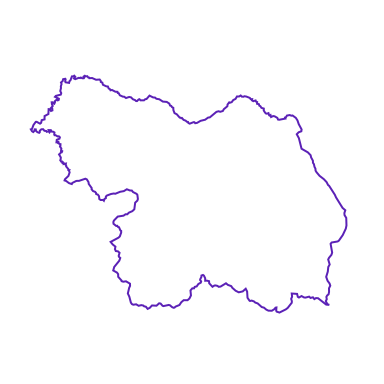 Ayabaca, Piura, Peru, rotated 350°
{"feature_id": "86281439B3265311261772", "entity_name": "Ayabaca", "entity_type": "district", "adm_level": 2, "iso_a3": "PER", "parent_name": "Peru", "parent_adm1": "Piura", "projection": "mercator", "projection_center": [-79.898, -4.698], "detail": "fine", "context": "isolated", "style": "outline", "palette": "violet", "viewbox_px": 384, "rotation_deg": 350, "n_neighbors": 0, "source": "geoboundaries", "source_scale": "gbopen_adm2", "svg_char_len": 5920}
<svg xmlns="http://www.w3.org/2000/svg" viewBox="0 0 384 384"><g transform="rotate(350 192 192)"><path d="M339.8,236.6L337.5,233.8L332.9,222.3L332.2,219.5L328.1,209.7L327.2,208.7L326.3,205.7L324.1,202.3L320.4,198.2L318.0,194.0L317.4,192.4L317.6,190.4L317.0,188.5L316.9,185.8L316.2,184.2L316.5,182.2L315.3,178.6L315.2,176.4L313.0,173.1L307.4,168.4L306.6,157.5L305.2,153.3L307.4,151.7L310.2,151.2L310.8,149.4L308.9,143.7L308.3,139.8L307.1,137.0L304.3,134.1L303.1,134.1L301.6,133.2L298.8,133.2L297.6,134.6L296.6,134.8L296.8,135.9L290.5,136.0L289.3,135.6L288.9,133.8L286.5,131.8L285.1,131.3L282.9,131.9L282.7,129.9L281.8,130.3L281.3,129.9L281.0,127.6L279.4,127.9L278.4,127.5L277.7,126.4L276.8,124.2L277.2,122.3L275.0,121.2L274.2,119.3L273.3,118.7L273.1,117.1L271.4,116.4L271.8,114.7L270.7,114.0L270.5,112.9L268.1,113.2L267.0,112.2L267.4,111.0L265.9,110.8L265.3,109.4L262.0,107.4L260.2,106.8L259.3,107.1L257.7,106.8L256.7,105.4L255.0,106.1L252.9,105.7L251.0,107.9L248.6,108.6L246.7,110.4L244.7,110.7L244.2,110.2L242.2,112.0L241.7,113.7L237.7,116.0L236.4,117.6L233.7,117.9L232.2,117.1L230.0,117.3L222.5,121.6L220.8,121.5L217.5,123.1L212.8,123.4L209.0,124.8L207.1,124.8L206.5,123.7L205.7,123.5L201.6,124.3L200.4,123.4L200.2,122.3L199.2,122.0L198.1,120.6L196.2,119.5L195.0,117.4L194.2,117.5L193.7,116.8L192.8,116.6L190.5,112.8L188.5,111.3L187.9,108.2L188.2,105.8L187.1,105.0L186.5,103.6L185.4,103.0L185.0,101.0L182.8,98.9L179.0,97.9L175.9,95.0L173.1,94.0L172.0,92.6L170.1,92.1L166.9,89.7L163.4,92.5L162.0,92.5L160.6,93.4L157.2,92.8L156.4,91.5L155.5,91.6L153.7,92.9L152.7,92.7L151.9,91.6L149.9,90.4L148.4,88.2L146.6,87.5L143.3,88.0L141.8,86.4L140.5,86.1L137.7,84.2L137.0,82.0L136.1,81.6L136.0,80.4L133.9,79.9L130.9,77.6L129.4,77.7L129.0,76.4L127.9,75.6L127.5,73.5L126.0,73.1L122.9,70.9L122.7,68.7L121.3,67.8L121.4,66.7L120.6,65.2L117.0,64.8L113.4,62.4L110.7,62.1L110.6,61.5L109.7,61.2L109.0,59.8L107.5,59.7L106.6,58.9L105.3,59.5L105.7,60.7L105.2,61.2L103.6,60.9L102.4,60.0L101.6,60.4L100.4,59.9L96.6,60.6L95.5,59.7L97.0,58.2L96.2,57.0L95.3,57.5L93.8,57.3L91.7,60.9L90.6,61.6L89.9,63.2L86.5,62.0L86.3,60.8L87.1,59.1L86.9,58.5L84.7,58.5L83.8,60.4L82.0,61.4L82.3,63.0L81.2,65.1L81.0,66.9L79.8,69.7L80.4,71.9L79.7,73.3L74.6,73.7L73.6,74.5L77.1,77.0L76.8,78.1L75.7,78.5L74.7,77.6L72.8,78.7L72.6,79.9L71.7,81.2L70.8,80.5L70.6,79.5L69.4,79.3L69.3,81.4L69.8,83.1L67.9,84.6L68.9,85.4L68.7,87.4L67.2,87.7L66.5,85.9L65.2,85.5L64.1,90.3L60.0,91.6L59.4,94.9L56.5,95.1L55.4,97.7L54.2,98.3L51.2,95.9L50.3,95.8L47.5,98.5L45.4,102.1L44.2,102.3L45.0,104.4L46.1,105.4L47.2,104.6L48.0,103.0L49.0,103.2L49.0,104.7L50.1,106.2L51.8,107.2L52.4,106.8L52.8,105.2L54.5,104.1L56.3,104.3L57.3,106.1L59.0,106.6L59.4,107.5L61.4,107.3L62.0,108.6L62.7,108.0L61.9,106.2L63.8,106.6L64.4,108.2L65.9,108.6L66.9,109.5L66.3,111.3L66.5,112.2L67.4,112.3L69.4,114.0L70.5,114.0L71.4,115.2L70.7,116.5L67.9,117.1L67.2,119.4L68.0,119.4L67.8,119.9L68.4,120.4L69.2,119.9L69.3,121.2L70.8,122.1L70.3,123.0L70.5,123.7L69.9,124.4L70.9,126.5L70.3,128.3L71.3,129.2L70.8,130.0L70.0,129.5L69.5,130.7L67.6,131.9L68.8,135.2L68.2,137.5L67.8,137.8L68.4,139.3L69.2,139.4L69.2,139.9L69.9,140.2L69.6,141.0L70.6,141.3L70.4,142.2L72.7,142.1L72.2,143.3L72.7,144.0L72.5,145.0L74.2,147.9L74.0,148.8L74.9,149.1L74.5,149.5L74.9,151.4L73.1,154.7L69.1,157.4L68.5,158.5L70.0,159.3L72.4,161.9L75.0,163.3L75.7,162.3L80.0,161.0L82.7,161.4L89.3,160.4L90.6,161.3L91.8,164.3L91.7,166.1L93.9,170.7L93.6,171.9L94.7,173.9L96.6,175.0L97.3,176.2L97.3,177.4L98.8,178.2L99.7,180.0L99.5,182.8L100.6,184.0L103.1,184.4L103.7,185.3L104.7,183.6L106.1,183.1L106.4,181.5L107.6,180.7L111.9,179.9L114.7,179.9L116.2,180.4L121.3,179.3L125.0,179.3L128.3,178.0L131.1,179.7L133.0,180.1L133.9,181.8L137.1,184.2L137.7,185.3L137.5,189.5L136.7,191.0L134.2,192.6L132.2,199.0L129.9,200.5L126.2,201.4L124.4,202.7L122.6,202.4L120.5,203.4L114.6,203.3L110.1,206.6L109.3,208.0L109.2,209.7L111.5,212.3L112.5,212.3L113.1,213.6L114.0,214.0L114.8,217.4L115.5,218.0L115.2,219.7L113.2,223.2L111.7,224.2L103.2,227.0L104.8,229.9L107.1,232.5L106.2,234.9L106.7,236.9L108.8,237.6L110.1,239.3L108.7,242.2L108.8,243.1L109.9,244.5L108.5,247.0L102.4,252.3L100.8,255.6L104.2,258.4L105.0,260.1L104.6,262.7L107.2,266.9L107.2,267.6L108.7,268.4L111.5,268.5L115.0,271.5L114.7,273.7L113.5,275.4L111.2,280.8L112.1,284.2L112.6,290.3L113.4,292.0L114.6,292.8L117.5,292.9L119.7,294.8L122.4,294.6L124.4,295.4L124.9,296.2L126.7,297.0L128.0,299.4L130.2,298.8L132.9,296.8L137.3,297.8L140.3,295.9L141.7,296.4L143.2,298.9L144.0,299.4L149.5,299.2L150.7,299.8L152.3,301.8L153.7,302.8L154.7,302.8L155.9,302.0L160.0,301.1L162.3,298.7L165.0,297.1L168.8,297.8L171.0,296.4L173.0,293.7L173.4,288.7L175.6,286.9L177.3,287.2L178.2,285.9L180.2,285.8L182.3,283.7L184.9,282.8L185.5,281.6L184.7,280.1L184.9,279.4L186.5,277.3L186.8,275.9L188.4,275.6L189.2,276.4L190.0,279.2L189.6,281.7L191.3,281.9L193.3,282.8L193.1,284.9L195.7,288.9L197.8,288.0L199.0,288.1L200.8,288.9L201.8,290.0L203.7,290.1L209.6,287.8L211.2,289.7L214.3,291.5L215.1,293.4L217.8,296.8L220.6,298.9L224.7,298.7L228.1,296.6L229.0,299.6L228.3,305.8L229.7,308.9L230.2,309.4L231.9,309.3L234.0,310.5L235.1,311.9L237.3,313.1L240.7,317.4L242.8,318.4L244.7,320.7L246.6,322.1L250.0,322.8L252.7,321.7L254.2,320.4L255.1,320.4L254.3,323.5L254.6,324.5L257.2,325.9L264.0,323.9L266.1,322.8L271.0,318.4L271.4,316.8L271.1,314.5L272.4,312.5L272.6,309.3L277.8,310.6L278.0,313.6L279.0,314.5L281.8,313.5L284.0,315.3L285.4,315.7L289.2,315.4L290.3,316.9L292.8,316.7L293.9,318.7L295.7,318.0L297.7,318.5L304.6,326.2L307.6,327.0L305.9,326.0L304.8,322.7L306.1,321.0L306.1,318.7L307.1,317.4L308.7,316.5L309.6,314.3L310.2,310.6L311.9,308.3L311.6,306.0L310.1,303.0L309.4,298.9L311.9,294.0L313.2,289.5L315.0,287.3L314.4,282.1L315.5,280.6L318.4,278.1L319.5,276.0L319.5,267.1L320.7,266.0L326.9,266.0L328.2,265.4L333.0,260.6L337.1,254.8L338.3,251.8L339.4,244.3L338.2,241.2L338.4,239.2L339.8,236.6Z" fill="none" stroke="#5b21b6" stroke-width="2"/></g></svg>